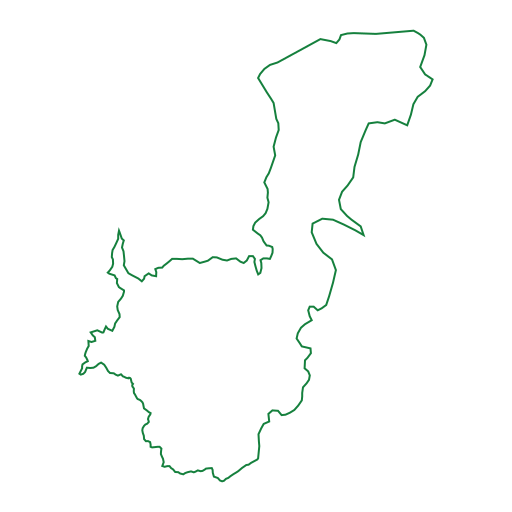 Baling, Kedah, Malaysia (orthographic projection)
{"feature_id": "92858781B88693147635534", "entity_name": "Baling", "entity_type": "district", "adm_level": 2, "iso_a3": "MYS", "parent_name": "Malaysia", "parent_adm1": "Kedah", "projection": "orthographic", "projection_center": [100.8, 5.723], "detail": "fine", "context": "isolated", "style": "outline", "palette": "green", "viewbox_px": 512, "rotation_deg": 0, "n_neighbors": 0, "source": "geoboundaries", "source_scale": "gbopen_adm2", "svg_char_len": 4511}
<svg xmlns="http://www.w3.org/2000/svg" viewBox="0 0 512 512"><path d="M355.3,230.3L363.6,235.1L360.7,226.4L351.4,219.6L347.0,215.9L340.8,209.1L339.0,199.8L342.1,191.7L347.6,185.5L353.2,177.4L354.5,166.9L358.2,154.5L360.7,142.1L365.6,130.3L368.7,123.4L377.4,122.2L384.8,123.4L394.8,119.7L407.2,125.3L410.9,114.7L413.4,104.2L417.7,96.8L425.1,91.2L430.1,85.6L432.6,79.4L425.1,74.4L420.2,67.0L424.5,55.2L426.4,44.7L423.9,37.8L420.4,34.7L418.0,33.1L413.6,30.7L375.9,33.9L353.7,33.1L347.4,33.5L341.0,35.1L339.4,39.5L336.3,43.1L330.7,41.1L320.4,39.1L277.5,62.5L270.0,64.9L264.4,68.9L260.1,74.0L258.1,78.0L266.8,92.3L271.2,99.0L273.6,103.0L276.3,118.9L278.3,123.2L278.7,130.0L276.0,137.5L273.6,146.7L275.2,155.4L270.8,168.1L268.8,173.3L266.4,177.2L265.6,179.2L264.3,182.4L267.6,189.0L267.9,192.6L267.4,197.7L268.6,202.3L267.4,208.9L265.6,213.2L263.1,216.2L259.2,219.0L255.2,222.6L253.4,226.1L252.9,229.7L257.7,233.5L260.3,235.3L262.0,237.6L263.6,241.4L266.6,245.5L268.9,245.7L272.2,247.0L272.7,249.0L272.5,252.8L271.2,256.1L269.9,258.9L266.9,258.4L263.3,258.4L260.5,260.2L261.3,263.0L261.5,268.1L260.3,272.9L258.2,274.4L256.7,270.6L255.4,266.0L254.4,262.0L254.9,258.9L252.9,256.1L249.1,256.1L246.8,260.5L243.7,263.0L240.4,261.7L236.1,258.4L231.3,258.9L227.0,260.5L222.4,259.7L216.8,257.4L212.7,257.2L207.9,260.7L204.6,261.7L199.8,263.0L192.9,258.7L187.6,258.7L182.2,259.2L177.4,258.9L172.1,258.9L169.5,261.2L166.7,263.5L163.7,265.8L162.2,267.6L158.3,267.8L155.3,269.1L156.3,272.1L156.1,276.2L151.7,275.4L148.7,273.4L144.6,276.2L144.1,278.7L141.8,281.3L138.3,278.5L131.9,275.2L128.4,273.2L123.8,265.3L124.5,261.2L124.0,255.9L123.5,251.3L122.0,247.5L122.8,243.7L123.8,240.4L121.8,238.6L119.5,232.0L119.0,230.7L118.2,234.8L118.2,238.8L116.2,243.2L114.4,247.0L112.6,250.0L112.1,253.1L111.8,257.1L112.9,259.4L113.1,263.7L112.3,266.8L109.8,270.4L107.8,272.6L109.3,273.7L114.6,275.4L115.9,278.2L117.2,279.0L116.9,283.1L118.9,287.1L120.0,287.9L124.0,290.4L124.0,291.7L122.8,295.8L121.0,298.6L118.2,301.9L117.2,306.4L117.7,310.0L119.5,314.1L119.7,317.1L117.2,320.4L115.1,323.5L114.4,326.8L112.3,330.8L107.8,328.8L106.0,326.5L104.7,329.3L103.4,332.4L102.2,332.6L97.3,330.3L90.7,332.4L92.8,335.4L94.8,337.2L95.3,340.8L91.5,342.0L88.4,341.0L88.7,346.0L87.2,348.6L85.7,352.2L85.1,354.2L84.8,355.8L86.1,357.4L87.4,360.0L87.8,361.2L85.4,362.3L82.5,364.4L82.1,366.4L82.1,368.3L79.4,373.7L80.8,374.6L83.3,373.8L85.1,372.0L85.9,370.0L86.9,367.7L90.2,368.0L93.5,367.7L96.1,366.2L98.6,363.9L101.1,362.6L104.2,364.7L106.2,367.7L108.0,371.0L110.0,373.0L113.8,373.3L115.6,374.6L117.9,375.6L121.0,374.3L121.8,375.1L122.8,376.3L123.9,376.7L126.1,377.8L128.5,378.3L129.0,377.7L130.2,378.1L130.8,378.9L131.1,380.3L131.5,381.9L131.7,382.6L133.0,383.9L132.2,385.1L132.4,386.5L133.1,387.4L133.9,388.6L133.8,390.4L133.8,391.9L134.1,393.3L134.9,394.3L135.4,395.3L136.9,398.1L137.6,399.0L138.6,399.4L140.0,400.0L141.2,401.0L142.5,402.4L143.1,403.8L143.5,405.9L144.0,408.4L146.8,410.4L148.8,412.1L150.6,413.1L150.3,414.4L148.7,416.7L148.0,419.1L148.5,420.6L148.8,421.9L147.2,423.7L145.4,424.5L144.1,425.8L142.7,428.1L142.3,430.3L142.8,432.9L143.8,435.7L144.1,439.1L145.9,441.2L148.0,441.1L150.1,442.1L150.6,444.5L150.6,446.8L152.1,447.4L155.0,447.1L157.6,446.8L159.6,446.8L161.4,448.6L161.0,451.7L160.9,454.1L161.9,456.5L163.0,458.8L163.7,462.2L162.3,466.0L164.6,466.8L167.4,466.1L169.5,466.1L171.1,468.1L173.1,469.4L175.2,472.0L178.3,472.2L180.1,473.5L183.3,474.3L185.3,473.0L187.6,472.2L191.0,471.4L193.8,472.3L195.4,471.7L197.8,470.4L200.6,471.2L202.5,470.9L204.7,469.6L206.0,468.6L208.7,468.3L211.8,468.1L212.6,469.9L212.8,472.8L213.9,476.6L217.8,478.0L220.0,480.5L222.1,481.3L223.9,480.8L226.0,478.8L228.3,477.9L230.4,476.2L233.5,474.1L236.2,472.5L238.2,471.2L240.1,469.6L242.1,467.9L244.0,466.6L246.3,465.0L248.6,464.7L251.0,462.9L257.3,459.5L258.1,458.4L259.3,446.1L258.9,441.4L258.5,434.2L261.3,428.2L263.7,423.9L269.2,421.5L268.4,413.9L272.4,410.4L278.0,410.8L281.6,415.1L285.5,414.7L289.9,412.7L294.3,410.0L298.2,405.6L301.8,400.4L302.2,396.5L302.2,392.9L303.0,387.3L306.6,383.3L309.0,379.8L309.8,375.4L308.2,371.4L304.6,368.3L305.0,360.3L307.4,357.9L310.9,353.2L310.5,348.4L301.8,346.4L299.8,343.2L296.6,338.5L297.8,333.3L301.0,327.7L305.0,324.2L311.7,320.2L309.7,316.2L308.2,310.3L309.7,306.7L313.7,306.7L317.7,310.3L321.7,308.3L326.2,305.0L329.1,296.3L333.0,282.7L335.9,270.1L332.0,259.4L323.3,252.7L316.5,243.9L311.7,232.3L312.6,223.6L322.3,218.7L333.0,219.7L343.7,224.5L355.3,230.3Z" fill="none" stroke="#15803d" stroke-width="2"/></svg>